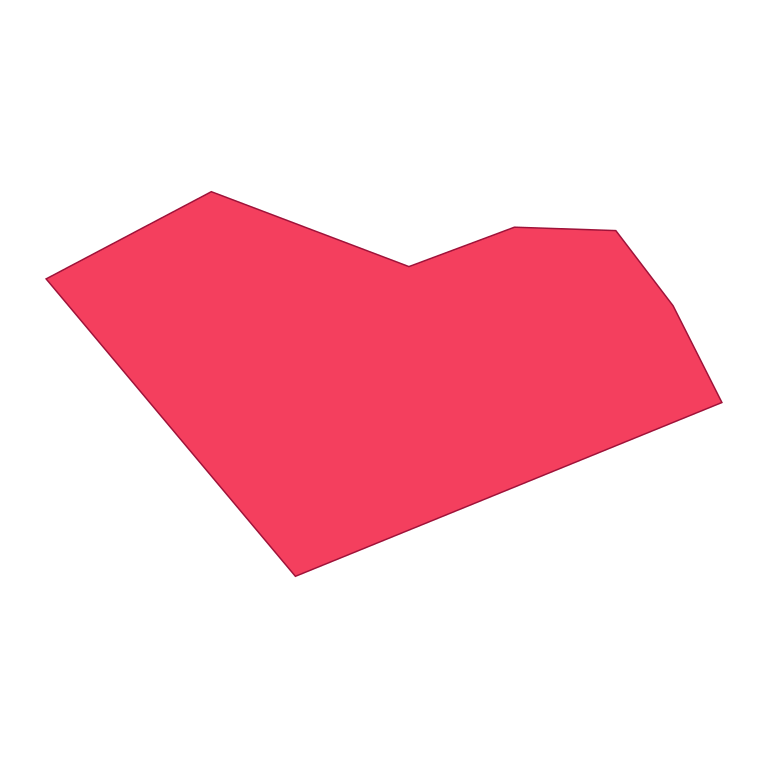 Mingəçevir, orthographic projection
{"feature_id": "AZE-1683", "entity_name": "Mingəçevir", "entity_type": "Municipality", "adm_level": 1, "iso_a3": "AZE", "parent_name": "Azerbaijan", "parent_adm1": "", "projection": "orthographic", "projection_center": [46.99, 40.753], "detail": "fine", "context": "isolated", "style": "filled", "palette": "rose", "viewbox_px": 768, "rotation_deg": 0, "n_neighbors": 0, "source": "natural_earth", "source_scale": "10m", "svg_char_len": 239}
<svg xmlns="http://www.w3.org/2000/svg" viewBox="0 0 768 768"><path d="M211.3,191.7L408.9,266.6L514.4,227.2L615.8,230.6L673.1,305.8L721.9,402.5L295.4,576.3L46.1,278.9L211.3,191.7Z" fill="#f43f5e" stroke="#9f1239" stroke-width="1.5"/></svg>